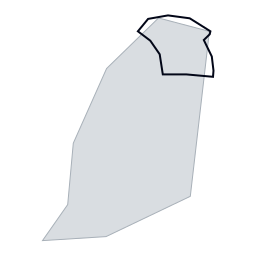 Saint Patrick on a map of Grenada (Albers equal-area conic projection)
{"feature_id": "GRD-5075", "entity_name": "Saint Patrick", "entity_type": "Parish", "adm_level": 1, "iso_a3": "GRD", "parent_name": "Grenada", "parent_adm1": "", "projection": "albers", "projection_center": [-61.638, 12.208], "detail": "fine", "context": "in_parent", "style": "outline", "palette": "ink", "viewbox_px": 256, "rotation_deg": 0, "n_neighbors": 0, "source": "natural_earth", "source_scale": "10m", "svg_char_len": 456}
<svg xmlns="http://www.w3.org/2000/svg" viewBox="0 0 256 256"><path d="M106.0,236.6L42.5,240.6L67.7,204.6L73.3,143.2L106.6,68.5L158.5,18.0L209.4,31.4L190.3,196.3L106.0,236.6Z" fill="#d9dde1" stroke="#a8b0b8" stroke-width="1"/><path d="M137.9,31.3L148.1,18.9L168.0,15.4L189.7,18.3L210.4,31.3L209.7,34.3L203.8,40.0L211.8,56.5L213.5,70.7L213.0,76.8L186.3,74.4L162.8,74.4L159.7,54.3L150.3,40.7L137.9,31.3Z" fill="none" stroke="#020617" stroke-width="2"/></svg>